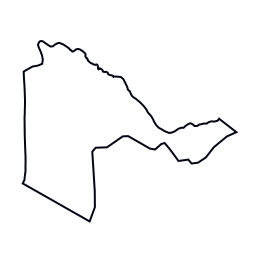 outline of Belén, Salto, Uruguay, rotated 357°
{"feature_id": "84410073B21577121406098", "entity_name": "Belén", "entity_type": "district", "adm_level": 2, "iso_a3": "URY", "parent_name": "Uruguay", "parent_adm1": "Salto", "projection": "equal_earth", "projection_center": [-57.672, -30.856], "detail": "fine", "context": "isolated", "style": "outline", "palette": "ink", "viewbox_px": 256, "rotation_deg": 357, "n_neighbors": 0, "source": "geoboundaries", "source_scale": "gbopen_adm2", "svg_char_len": 2139}
<svg xmlns="http://www.w3.org/2000/svg" viewBox="0 0 256 256"><g transform="rotate(357 128 128)"><path d="M161.6,131.1L158.9,129.5L156.6,127.0L154.8,124.0L153.3,120.3L151.9,117.6L148.8,113.7L147.2,110.3L144.7,106.7L141.4,103.0L137.4,99.3L134.8,97.4L133.7,96.2L132.6,94.0L131.8,91.6L130.0,89.8L129.2,86.5L127.3,82.1L125.9,78.9L123.5,76.7L121.1,76.3L118.7,76.0L116.8,75.9L116.2,76.2L115.7,75.1L114.9,74.8L111.9,73.8L111.0,73.1L110.6,71.7L109.4,70.8L107.1,70.8L106.5,70.5L105.8,70.2L105.7,69.1L104.9,68.1L104.3,67.8L103.4,67.1L102.7,66.9L102.3,67.3L102.2,67.8L101.7,67.9L101.4,67.7L101.2,67.0L101.1,66.0L101.2,64.8L101.2,64.5L100.8,63.6L100.6,63.3L100.3,63.0L99.8,62.9L99.5,62.9L99.0,63.1L98.4,63.2L98.0,63.0L97.2,62.9L95.4,61.7L94.5,61.3L93.9,60.9L92.0,59.1L91.4,58.3L91.4,57.4L91.2,57.2L90.9,56.9L90.9,56.4L90.7,56.1L90.1,55.8L89.6,55.1L89.3,54.4L89.2,53.7L89.4,53.1L89.5,52.4L89.4,51.9L88.8,51.0L88.1,50.3L87.0,49.1L85.3,47.9L84.3,47.2L83.3,46.7L82.3,46.5L81.3,46.5L79.7,47.1L78.2,48.2L76.7,48.8L76.4,48.8L75.2,47.3L74.3,47.0L73.5,45.6L70.8,43.4L67.4,41.0L63.9,39.4L61.9,39.7L61.0,40.2L59.5,40.8L57.2,42.5L54.9,42.6L51.5,40.2L49.1,38.3L47.0,36.7L44.9,36.7L43.6,37.7L42.4,40.2L43.1,42.8L44.6,46.7L45.9,50.9L46.5,55.1L45.7,59.4L41.2,61.0L35.9,61.6L28.1,65.5L26.8,66.2L26.7,70.9L26.7,74.4L26.8,78.6L26.8,84.0L26.7,88.6L26.6,94.5L26.4,98.5L25.9,104.6L25.8,106.8L25.6,108.7L25.2,112.8L24.9,120.4L24.7,125.0L24.5,130.3L24.4,135.4L24.3,141.0L24.2,146.1L24.2,150.4L24.0,155.0L23.8,158.5L23.6,161.1L23.5,163.1L23.4,165.6L22.5,170.5L21.9,174.3L20.0,177.9L84.8,219.3L90.8,205.3L91.5,189.3L91.1,149.8L94.7,146.0L106.0,146.2L122.3,136.1L127.7,136.1L148.8,149.7L153.9,150.9L160.5,145.7L163.8,144.9L168.9,151.7L176.7,163.6L186.5,162.7L189.7,166.8L196.1,166.3L204.2,161.5L212.8,151.6L226.3,141.6L236.0,137.8L219.4,123.5L217.9,125.4L216.1,125.8L214.6,126.1L211.8,125.7L209.1,126.3L206.8,127.7L204.3,127.5L201.6,128.0L199.3,128.3L197.5,129.5L194.7,129.6L192.8,127.7L190.6,126.5L188.0,127.4L185.5,129.0L183.5,130.7L181.4,130.5L178.1,131.5L174.5,133.8L171.3,134.9L168.8,135.1L164.7,133.2L161.6,131.1Z" fill="none" stroke="#020617" stroke-width="2"/></g></svg>